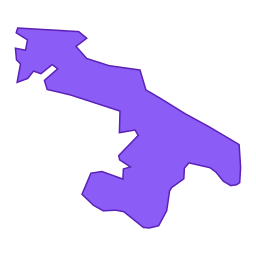 outline of Khadjaabad, Andijon, Uzbekistan
{"feature_id": "79887680B20673665411961", "entity_name": "Khadjaabad", "entity_type": "district", "adm_level": 2, "iso_a3": "UZB", "parent_name": "Uzbekistan", "parent_adm1": "Andijon", "projection": "orthographic", "projection_center": [72.575, 40.634], "detail": "fine", "context": "isolated", "style": "filled", "palette": "violet", "viewbox_px": 256, "rotation_deg": 0, "n_neighbors": 0, "source": "geoboundaries", "source_scale": "gbopen_adm2", "svg_char_len": 815}
<svg xmlns="http://www.w3.org/2000/svg" viewBox="0 0 256 256"><path d="M16.5,59.9L20.5,63.9L17.1,82.4L27.8,78.4L33.5,71.1L40.9,73.7L52.2,64.6L57.7,68.8L44.4,80.4L47.2,89.5L70.3,94.9L120.0,111.1L119.4,132.7L135.0,130.0L138.2,135.4L118.7,155.6L119.7,159.9L130.4,166.9L123.4,169.0L122.9,179.1L101.9,171.5L90.9,173.2L82.0,194.3L93.6,205.4L103.2,210.8L115.8,210.2L123.8,211.7L143.3,227.4L149.2,228.0L158.6,225.8L166.7,210.7L169.6,191.0L171.6,187.6L183.8,178.8L184.4,168.1L188.9,162.9L210.0,167.7L216.0,172.2L223.4,181.3L230.7,185.6L236.5,184.8L239.7,182.6L240.6,167.5L239.6,151.6L239.1,144.6L209.1,126.8L185.4,113.9L160.1,98.2L145.9,89.9L140.0,70.0L109.2,65.7L86.7,58.5L76.0,46.4L86.7,38.2L78.7,31.6L17.7,28.0L16.2,32.8L27.5,39.9L25.5,50.2L15.4,48.2L16.5,59.9Z" fill="#8b5cf6" stroke="#5b21b6" stroke-width="1.5"/></svg>